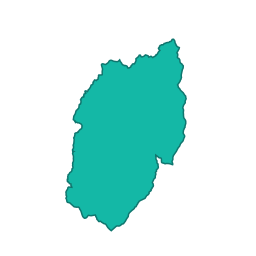 outline of Girardota, Antioquia, Colombia, rotated 224°
{"feature_id": "7082276B6763900439395", "entity_name": "Girardota", "entity_type": "district", "adm_level": 2, "iso_a3": "COL", "parent_name": "Colombia", "parent_adm1": "Antioquia", "projection": "robinson", "projection_center": [-75.429, 6.376], "detail": "fine", "context": "isolated", "style": "filled", "palette": "teal", "viewbox_px": 256, "rotation_deg": 224, "n_neighbors": 0, "source": "geoboundaries", "source_scale": "gbopen_adm2", "svg_char_len": 5835}
<svg xmlns="http://www.w3.org/2000/svg" viewBox="0 0 256 256"><g transform="rotate(224 128 128)"><path d="M185.5,145.0L184.8,144.5L184.4,143.4L184.0,143.2L183.7,142.6L183.5,142.4L183.8,141.5L183.7,140.2L184.4,140.0L185.4,139.3L185.2,138.7L185.1,137.5L184.9,136.7L184.6,136.8L183.7,134.8L184.3,133.2L183.3,131.1L183.2,130.0L182.9,129.1L183.2,128.0L182.8,127.4L182.5,126.0L183.8,125.6L184.5,125.0L184.1,124.0L183.3,124.1L182.5,123.7L182.6,123.1L183.2,121.9L182.3,120.4L181.9,120.4L181.4,119.6L182.0,119.2L182.1,118.8L181.9,118.8L182.2,118.3L182.3,117.6L181.9,116.8L182.1,116.5L181.7,115.6L181.7,115.3L181.3,115.2L180.8,115.0L179.5,113.6L179.1,112.6L178.9,112.5L178.8,112.2L179.1,112.0L179.2,111.2L179.3,111.0L177.9,109.0L177.6,108.8L177.3,108.1L177.2,107.5L177.3,107.4L177.2,105.7L177.4,104.9L177.2,104.2L176.6,102.9L176.1,102.3L175.6,100.8L175.3,99.2L174.8,98.3L173.8,97.0L173.5,96.4L173.1,96.0L171.4,96.3L171.2,96.2L171.1,95.9L170.8,95.8L170.4,96.2L169.5,95.5L168.9,96.5L168.2,96.8L167.9,96.7L166.9,97.6L164.6,98.3L162.6,97.8L162.1,97.2L162.1,96.9L161.3,96.1L161.1,95.6L161.1,94.3L161.4,93.9L161.4,93.4L161.3,91.1L160.9,90.5L161.4,90.1L161.3,89.2L162.0,88.5L162.3,87.7L162.4,87.2L161.6,86.4L160.4,84.3L160.2,83.2L158.8,82.4L156.2,79.2L155.6,77.7L155.0,77.1L154.6,77.1L153.8,76.2L153.3,75.8L152.8,73.8L152.3,73.6L152.1,73.1L151.8,73.0L150.9,73.3L151.1,73.0L151.2,72.5L150.7,72.1L150.7,72.4L150.5,72.2L150.4,71.6L150.1,71.1L148.1,70.1L147.2,69.4L146.7,68.8L146.3,68.4L146.0,67.9L145.5,67.6L144.2,66.3L143.7,64.8L143.3,64.1L142.4,63.4L141.7,62.4L140.3,61.6L139.8,60.7L139.9,60.1L139.8,59.5L139.1,58.9L138.5,57.7L138.6,56.4L138.8,55.8L138.8,55.2L138.4,54.3L138.6,52.8L138.1,52.3L137.8,51.5L137.3,50.8L136.9,50.7L136.1,49.7L135.8,49.6L135.5,49.1L135.9,48.8L135.8,48.7L135.1,48.1L134.9,47.7L134.0,47.4L133.7,47.8L132.1,47.6L131.6,47.3L130.1,48.1L129.0,46.9L128.2,46.9L127.2,46.3L129.7,44.3L129.8,43.4L128.9,41.9L128.8,40.6L128.1,38.7L127.4,38.3L125.8,36.6L125.2,36.5L124.7,36.2L124.1,35.4L123.9,34.4L122.7,34.0L120.7,32.6L119.9,32.5L117.9,33.7L112.0,33.9L110.0,35.3L108.7,36.7L107.7,36.8L106.6,36.2L105.6,36.0L103.8,35.4L101.0,33.8L99.3,33.0L98.6,32.8L96.8,32.8L96.2,33.3L95.6,34.5L95.6,35.5L95.9,37.3L95.8,37.7L94.3,38.7L93.5,39.4L91.1,42.7L90.5,42.6L90.1,42.2L89.5,41.9L88.1,41.6L86.9,40.7L85.2,40.7L84.4,40.4L84.1,40.4L83.7,40.7L82.9,41.9L81.6,41.9L78.8,42.5L77.5,43.3L76.9,43.3L73.4,42.4L70.8,42.3L68.7,42.5L68.2,49.2L67.8,50.0L66.4,51.2L66.0,51.9L65.7,53.1L65.6,54.8L65.0,55.4L64.8,56.3L65.2,59.3L65.9,61.7L66.3,64.4L67.6,66.2L67.9,66.9L68.1,68.3L67.9,71.8L67.6,73.4L67.6,74.4L68.1,76.1L67.6,76.9L67.8,77.8L68.2,78.8L68.4,80.3L68.8,80.9L68.7,81.7L69.1,82.8L68.9,83.7L68.3,85.6L67.9,86.4L67.6,87.5L67.0,88.8L66.9,89.3L67.4,91.3L67.6,92.6L67.2,93.7L67.3,95.4L67.5,95.8L68.1,96.2L68.3,96.6L67.9,99.0L68.1,99.3L68.7,99.7L68.7,101.1L69.2,101.9L69.2,103.2L69.5,103.9L69.8,104.3L70.0,104.4L71.2,105.3L72.4,105.5L72.7,105.8L73.1,106.9L73.3,107.8L73.9,109.0L73.8,110.9L74.3,111.7L75.0,112.3L75.9,114.2L77.4,115.1L77.5,116.8L78.5,117.6L78.4,119.6L78.8,120.7L79.6,121.4L80.4,121.9L81.3,122.9L82.8,123.0L83.5,123.5L84.2,124.4L84.7,124.6L85.8,124.8L86.4,125.1L87.5,126.4L88.4,126.9L89.2,127.8L86.6,128.1L84.8,128.2L83.6,129.2L83.3,129.2L82.7,129.1L80.1,126.7L79.2,126.7L77.8,127.5L76.5,128.0L75.7,129.2L74.1,130.6L72.6,131.6L70.5,132.5L70.4,132.7L71.3,133.6L72.8,134.2L73.1,134.6L74.0,136.7L75.2,137.8L76.1,139.5L76.4,141.0L77.0,144.8L77.7,147.0L78.2,148.9L78.2,150.5L79.3,153.3L79.4,156.7L79.8,157.7L80.7,159.5L81.0,160.5L81.3,161.2L82.0,161.8L84.2,162.4L84.9,162.8L86.5,164.9L86.8,165.9L87.4,167.1L87.4,167.8L87.6,168.3L88.3,168.9L89.6,171.4L91.2,173.0L92.1,173.5L94.2,173.9L95.1,174.2L96.5,175.3L97.6,176.4L99.0,177.6L100.3,179.3L101.1,179.9L102.5,180.4L103.3,181.8L104.0,183.5L104.3,185.8L104.6,186.2L105.2,186.6L105.8,187.5L106.3,189.0L106.7,189.6L107.7,190.1L108.7,191.0L109.9,191.0L112.7,191.7L116.3,191.6L118.2,192.2L120.1,192.2L121.0,193.0L122.3,193.4L122.9,197.2L123.2,198.2L123.6,198.7L123.7,199.7L124.2,200.5L124.7,201.6L125.5,202.1L126.6,203.2L129.6,208.0L129.7,208.8L130.3,209.8L131.3,211.0L131.7,211.2L133.0,211.2L133.6,211.5L135.4,211.2L136.7,211.8L138.1,213.0L139.1,213.2L139.6,213.4L140.4,213.0L141.5,213.1L142.2,214.0L142.4,214.5L143.0,215.0L143.5,215.7L144.7,215.9L145.3,216.4L145.4,217.5L145.7,218.2L146.2,220.3L146.9,221.5L147.7,221.3L148.2,220.9L149.8,220.7L150.5,221.1L151.0,221.0L151.3,221.3L153.6,222.1L154.2,222.7L155.1,223.2L156.7,223.5L157.3,223.2L157.8,222.2L157.4,221.5L157.3,221.0L157.4,220.1L158.0,219.0L158.0,217.9L158.3,217.7L159.1,216.8L159.3,216.3L159.8,215.9L159.9,214.8L160.7,214.0L160.5,212.5L160.7,212.1L161.6,211.3L161.7,210.6L162.2,209.9L162.1,208.6L161.6,208.1L161.4,207.8L161.6,207.0L161.5,206.5L160.5,206.1L159.5,205.9L159.0,206.0L158.9,203.5L158.3,201.8L158.3,200.5L158.7,200.3L158.7,200.0L158.3,199.4L158.3,199.0L158.6,198.2L158.6,197.7L158.9,197.1L159.1,195.9L161.3,195.6L162.2,193.4L163.6,193.9L165.4,193.2L166.0,192.4L166.2,192.5L166.4,191.7L166.3,191.1L166.3,190.8L167.2,188.9L167.9,188.4L168.2,188.4L169.6,189.0L170.0,188.8L170.5,188.2L170.2,187.2L170.1,185.9L170.4,183.5L170.3,183.1L169.5,182.6L169.2,182.3L168.3,180.2L168.2,179.4L167.9,178.9L167.9,178.6L168.8,177.8L169.2,177.1L168.9,175.8L169.0,174.8L168.5,174.1L168.4,173.6L168.6,173.5L168.7,172.3L168.9,172.1L169.1,172.1L169.5,171.1L170.3,171.1L171.3,171.8L172.3,171.6L173.2,171.2L174.0,170.3L174.3,170.4L175.7,169.8L177.0,169.9L177.7,170.2L179.8,170.5L181.3,171.2L181.3,169.4L181.5,168.8L181.9,168.1L184.6,166.1L186.9,165.2L187.5,164.7L187.8,164.2L188.0,163.3L188.0,162.8L187.7,161.8L187.7,160.9L188.1,158.5L188.6,157.8L190.7,156.7L191.2,155.9L191.2,155.4L190.9,154.9L187.7,153.0L187.0,152.4L185.9,150.8L183.7,148.6L183.6,148.4L183.9,147.8L184.9,146.7L185.8,145.9L185.5,145.0Z" fill="#14b8a6" stroke="#0f766e" stroke-width="1.5"/></g></svg>